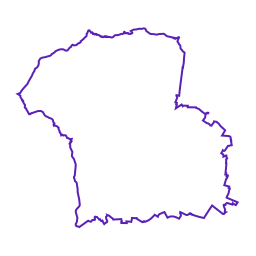 Guadalajara, Jalisco, Mexico, rotated 271°
{"feature_id": "50627088B82139506900234", "entity_name": "Guadalajara", "entity_type": "district", "adm_level": 2, "iso_a3": "MEX", "parent_name": "Mexico", "parent_adm1": "Jalisco", "projection": "albers", "projection_center": [-103.334, 20.678], "detail": "fine", "context": "isolated", "style": "outline", "palette": "violet", "viewbox_px": 256, "rotation_deg": 271, "n_neighbors": 0, "source": "geoboundaries", "source_scale": "gbopen_adm2", "svg_char_len": 5752}
<svg xmlns="http://www.w3.org/2000/svg" viewBox="0 0 256 256"><g transform="rotate(271 128 128)"><path d="M193.2,37.6L191.1,37.7L189.3,37.4L187.6,36.5L186.6,35.6L185.7,34.2L185.1,33.7L183.7,33.6L182.3,32.7L180.7,31.8L178.9,31.2L172.8,27.8L171.0,27.1L169.6,26.1L164.9,22.0L163.2,20.8L161.1,19.6L160.1,17.1L158.5,19.8L157.1,19.9L156.6,20.1L154.5,21.6L153.9,21.5L153.5,21.9L153.5,22.6L153.0,22.8L152.4,22.6L151.8,22.9L150.4,23.7L150.0,24.0L149.8,24.3L149.3,24.6L148.9,24.7L147.6,24.4L146.6,24.5L146.3,24.8L146.1,25.4L145.5,26.0L144.6,26.1L142.9,27.3L140.1,28.8L140.1,29.2L140.5,29.9L140.3,30.3L141.2,31.2L141.4,32.2L143.3,37.4L143.5,40.5L142.4,42.7L139.7,44.2L138.3,45.6L137.6,47.6L136.7,49.0L136.1,51.1L135.4,52.1L134.8,52.7L132.4,53.3L131.4,54.4L130.5,54.2L130.2,53.6L129.4,53.6L128.9,53.9L129.3,54.6L128.8,56.1L128.3,57.2L127.1,58.6L126.6,58.5L126.2,58.5L124.9,59.0L123.4,59.8L122.7,59.7L122.2,60.0L121.9,60.5L119.6,61.3L120.1,61.8L120.2,62.3L120.1,62.7L119.6,63.0L119.4,63.5L119.6,63.7L119.6,65.8L118.3,66.7L117.1,67.1L116.8,68.6L115.9,69.7L116.1,71.9L113.6,70.8L113.5,71.7L112.7,71.3L112.0,70.7L111.6,69.9L111.2,69.8L110.0,70.5L107.4,70.6L103.1,72.8L99.8,72.4L98.7,72.5L95.8,74.6L90.5,76.4L89.7,76.4L79.4,75.6L78.5,75.0L78.0,74.8L77.4,74.9L76.0,75.4L73.9,76.0L72.8,77.3L72.0,77.7L65.4,78.8L63.6,78.7L62.5,78.9L56.0,80.4L50.8,81.1L49.9,81.1L48.7,80.5L46.2,78.2L44.8,77.4L43.8,77.2L42.5,77.4L37.2,79.0L33.2,78.4L32.6,78.3L31.3,77.5L30.8,77.4L29.8,77.5L29.3,77.9L28.9,78.3L28.5,80.5L28.1,81.0L34.6,89.8L34.1,90.7L33.6,92.5L35.4,94.0L35.5,96.3L35.8,96.5L36.6,96.6L37.4,96.3L37.9,96.2L38.5,96.4L38.7,96.5L38.8,96.8L38.4,98.6L35.9,100.9L36.3,101.6L34.5,102.8L34.4,103.5L34.9,104.1L32.5,105.2L31.5,105.9L32.4,106.8L32.7,107.3L33.1,107.5L33.2,108.3L33.7,108.8L34.6,108.9L36.9,107.8L38.5,107.6L38.9,107.6L40.1,108.9L40.7,108.7L40.1,110.2L40.1,110.6L38.9,111.9L37.1,114.4L36.2,114.8L36.8,122.8L35.9,122.9L35.5,123.3L33.7,123.5L33.7,122.9L32.9,123.0L32.9,128.4L34.6,128.1L34.4,131.9L34.2,132.9L36.5,133.4L38.1,133.5L38.0,136.2L38.1,138.2L37.5,138.2L34.1,144.0L34.2,144.8L34.8,145.0L35.1,145.7L35.0,146.2L34.5,146.6L35.0,147.9L36.0,150.0L37.8,152.5L40.5,155.2L41.7,156.2L39.8,159.4L40.9,159.7L42.4,160.9L44.6,165.9L39.0,169.1L40.2,171.5L40.4,173.3L40.3,175.2L39.6,177.7L38.2,180.6L40.9,182.3L41.6,182.4L42.5,182.2L43.6,181.6L44.8,181.7L44.2,183.1L42.1,187.8L42.0,188.3L42.1,188.9L42.4,189.6L43.1,190.7L43.8,191.1L43.7,191.9L43.5,192.5L42.9,192.3L42.4,194.3L42.2,194.2L40.6,199.9L39.3,205.5L41.7,206.9L52.0,213.4L43.7,224.4L43.9,224.9L43.7,225.4L45.1,226.6L45.6,227.4L46.1,226.2L48.2,226.5L51.6,225.1L52.8,225.1L52.8,226.7L53.5,226.7L54.8,228.3L53.3,233.5L54.4,233.9L53.9,234.2L54.3,234.4L52.8,237.2L55.6,238.9L60.1,227.8L60.5,227.8L64.7,229.8L65.3,229.8L67.4,230.2L69.3,230.9L69.8,229.7L71.2,230.2L72.5,225.3L78.7,227.0L79.4,227.4L79.4,227.7L81.6,228.6L81.7,227.6L82.6,228.1L83.1,226.3L83.6,226.7L84.1,226.7L84.1,227.0L84.5,227.0L84.5,226.3L85.4,226.3L88.1,226.6L94.3,227.0L94.4,226.6L97.6,226.8L97.9,226.6L99.4,227.6L99.6,227.1L100.2,227.0L102.2,226.9L102.2,226.4L101.0,223.9L102.2,224.0L102.9,223.8L102.8,223.6L103.3,223.3L104.4,221.7L106.8,223.1L107.4,223.2L106.8,224.4L107.0,225.1L108.0,225.8L111.9,228.3L112.0,229.7L112.3,230.4L112.6,232.0L117.9,231.0L117.8,231.3L121.1,230.5L121.7,228.7L122.1,222.2L127.4,225.2L132.1,219.9L133.3,219.2L134.2,218.3L135.2,216.9L135.7,216.6L136.1,213.9L134.9,213.6L132.4,211.7L131.8,211.5L132.1,210.0L132.8,209.7L133.5,209.0L134.0,207.9L134.2,206.8L136.8,202.8L139.8,204.9L141.7,205.2L143.0,205.1L143.5,205.9L144.0,206.9L144.1,207.9L144.6,208.0L144.7,207.3L144.4,206.4L143.5,204.8L144.0,204.0L146.1,201.1L148.1,198.8L149.4,195.6L149.8,195.6L149.8,187.3L151.3,187.4L151.3,182.8L150.7,182.3L152.4,181.2L148.5,175.5L152.5,176.4L152.7,175.8L154.1,176.3L154.5,174.9L159.3,176.7L161.1,175.8L161.7,175.9L161.1,178.6L170.1,179.4L188.8,181.5L189.3,181.5L189.2,181.9L190.5,182.0L194.1,182.6L199.1,182.8L204.2,183.3L204.7,182.9L205.3,181.9L206.1,181.1L206.8,180.7L208.2,179.3L208.7,179.1L210.4,179.0L211.6,178.7L212.9,177.3L214.2,176.9L215.2,176.0L215.5,175.9L219.1,177.3L219.5,177.5L219.7,177.2L219.0,175.5L218.0,174.0L218.3,172.9L219.0,173.0L219.1,172.6L218.7,172.3L218.8,171.6L219.3,171.0L220.5,165.2L222.7,162.5L222.8,162.1L222.7,160.3L222.4,156.9L221.8,155.1L222.3,152.2L222.4,149.1L222.6,148.5L225.3,144.6L227.0,143.9L227.4,143.6L227.9,142.4L227.8,141.5L227.3,139.9L227.5,137.8L226.6,134.0L226.5,132.1L225.0,129.1L223.3,130.6L222.9,130.6L222.1,128.8L222.0,128.2L222.1,127.7L222.7,126.9L222.3,126.5L223.0,125.6L223.0,125.0L222.6,124.4L222.8,123.9L222.8,123.4L223.7,123.2L224.1,122.8L224.1,122.5L223.5,122.3L222.5,122.2L221.9,120.6L222.0,120.4L222.0,119.8L220.7,116.4L220.6,113.7L220.1,112.8L219.4,112.3L218.8,111.6L218.3,110.7L218.2,110.1L218.4,109.2L218.7,108.3L218.6,104.6L219.2,105.0L219.4,103.6L219.3,102.8L218.4,101.9L218.4,100.8L219.1,100.4L219.2,100.1L219.2,99.8L218.8,99.4L218.9,98.9L219.3,98.5L219.9,98.2L220.4,97.3L220.7,96.0L220.5,95.3L220.6,95.1L221.3,94.9L221.4,94.7L221.1,94.2L221.4,93.9L221.5,93.7L221.0,93.1L221.2,92.6L221.6,92.4L221.8,92.1L221.4,91.5L221.4,91.3L222.2,91.1L222.9,90.7L222.6,89.9L222.7,89.3L223.7,89.0L224.2,88.2L224.9,87.8L225.0,87.3L224.7,86.6L222.6,85.8L221.9,85.5L221.4,85.0L219.4,85.0L218.8,84.5L217.9,83.4L216.0,81.8L215.6,81.1L215.1,80.7L214.0,79.2L213.2,79.3L212.3,78.3L211.9,77.6L211.9,77.1L211.4,76.2L210.6,75.7L210.0,74.7L209.6,72.6L210.3,71.3L209.7,70.3L208.2,69.7L207.4,68.4L205.5,66.9L204.7,66.3L204.3,65.7L204.2,65.2L204.4,64.8L204.4,63.9L205.1,62.9L205.5,61.9L205.6,60.9L205.4,58.7L204.8,56.6L204.1,55.5L203.7,54.5L201.5,52.2L200.8,50.9L200.6,50.4L199.9,50.1L199.0,49.2L197.4,43.9L196.8,40.9L196.3,39.8L195.5,38.8L193.2,37.6Z" fill="none" stroke="#5b21b6" stroke-width="2"/></g></svg>